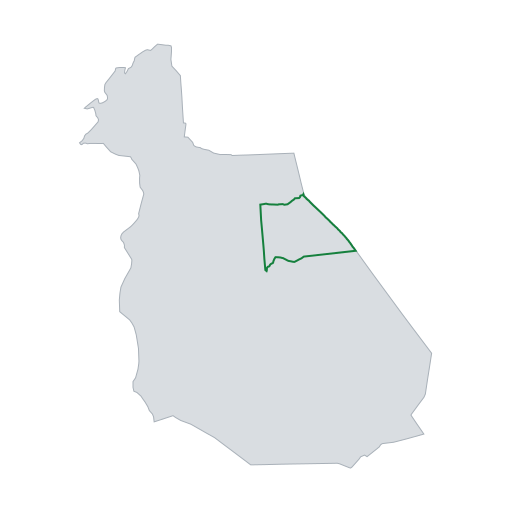 location of Arlit, Agadez, Niger, rotated 87°
{"feature_id": "23599985B35740417673211", "entity_name": "Arlit", "entity_type": "district", "adm_level": 2, "iso_a3": "NER", "parent_name": "Niger", "parent_adm1": "Agadez", "projection": "albers", "projection_center": [7.12, 19.518], "detail": "fine", "context": "in_parent", "style": "outline", "palette": "green", "viewbox_px": 512, "rotation_deg": 87, "n_neighbors": 0, "source": "geoboundaries", "source_scale": "gbopen_adm2", "svg_char_len": 4461}
<svg xmlns="http://www.w3.org/2000/svg" viewBox="0 0 512 512"><g transform="rotate(87 256 256)"><path d="M416.3,366.4L411.3,366.7L408.4,367.7L404.8,370.6L400.8,371.9L395.9,374.5L392.8,376.5L389.9,378.2L386.0,382.1L384.7,385.0L380.7,385.7L375.0,385.4L371.3,382.6L362.9,379.8L357.4,378.7L354.9,378.4L342.1,378.2L328.5,379.7L321.6,381.2L320.4,381.5L316.5,383.4L313.2,385.5L304.5,395.0L292.8,394.8L285.9,393.8L280.0,392.5L271.7,388.2L261.4,381.6L257.5,380.7L254.0,380.2L252.8,380.3L240.7,387.0L238.3,386.8L235.5,387.6L233.6,389.2L232.2,390.0L230.7,390.2L228.8,389.8L226.9,388.8L225.1,387.0L220.1,379.6L219.0,378.3L216.9,376.1L213.3,372.7L210.9,371.1L209.4,370.7L207.6,371.0L197.9,368.0L188.2,364.8L186.1,365.2L184.6,365.8L181.2,368.1L177.2,368.4L172.2,368.2L169.4,367.8L164.9,368.5L162.0,369.4L158.1,370.9L152.9,375.0L151.5,375.5L150.3,376.2L148.4,387.7L146.9,391.1L144.3,395.7L139.1,399.9L135.6,402.5L135.5,406.1L135.1,411.9L134.9,415.9L135.1,418.5L134.5,419.7L134.3,420.8L134.4,422.6L135.2,423.4L135.7,424.4L135.3,425.3L133.7,426.3L131.9,423.7L129.6,421.8L127.1,420.9L125.4,419.5L124.5,417.6L121.3,414.0L113.7,406.6L113.0,406.5L111.7,406.1L109.5,406.9L108.1,408.1L107.2,408.5L105.8,408.5L102.1,409.3L99.1,410.4L99.0,411.4L100.3,416.8L99.5,419.7L98.3,418.3L94.2,412.7L91.4,408.6L90.9,407.7L90.5,406.3L90.8,405.7L92.0,405.3L94.7,404.9L95.2,404.5L95.4,403.3L95.0,401.3L93.6,398.4L92.1,396.5L91.3,396.1L89.7,396.0L87.9,396.2L84.6,398.4L83.1,398.8L79.8,398.5L76.8,397.9L75.0,396.7L69.7,392.0L63.9,387.0L61.4,386.3L60.9,385.8L60.6,382.1L60.9,377.7L61.2,376.5L63.7,377.3L66.3,377.7L67.2,376.9L65.2,375.3L62.2,373.6L61.1,371.1L60.3,370.3L58.9,369.4L57.4,368.9L55.8,368.1L54.8,367.4L53.0,367.0L51.2,366.4L48.6,362.4L46.2,358.5L44.7,355.5L44.3,353.7L45.2,350.6L44.4,349.4L41.6,346.2L39.3,343.2L40.1,338.7L40.8,335.0L40.9,332.7L41.3,331.4L41.7,329.9L43.3,329.5L47.4,329.7L55.3,330.7L61.8,330.1L62.1,330.0L66.7,326.1L71.9,322.1L79.4,322.0L87.5,321.8L93.8,321.7L103.1,321.7L110.6,321.6L119.3,321.5L119.6,319.6L120.1,319.1L121.0,319.1L127.3,320.3L133.3,321.4L133.8,317.8L139.2,313.3L142.2,312.4L142.9,311.7L143.9,310.1L144.5,307.8L144.8,306.1L145.9,304.7L146.8,302.1L147.9,297.6L151.0,292.9L152.8,286.5L153.1,280.3L153.5,275.6L154.4,274.6L154.5,266.2L154.7,257.8L154.8,250.6L154.9,241.7L155.0,233.9L155.1,225.4L155.2,217.8L155.3,212.8L161.2,211.7L167.4,210.5L176.4,208.8L186.1,207.0L196.7,204.9L199.1,203.6L207.1,196.4L210.8,193.1L217.9,186.6L223.4,181.6L230.4,175.2L237.8,168.8L243.7,163.6L252.9,157.8L266.8,148.9L280.6,140.0L294.3,131.0L308.0,122.0L321.7,113.0L335.3,103.9L348.8,94.8L362.3,85.7L376.2,88.6L389.4,91.4L402.7,94.1L405.9,95.7L413.1,101.7L422.4,109.3L422.8,109.4L423.2,109.5L431.7,104.4L442.6,97.7L446.3,114.2L449.2,128.4L449.8,137.5L450.0,139.8L451.0,141.4L453.1,142.9L462.2,155.6L460.5,158.0L462.0,162.0L464.2,163.7L471.7,171.1L472.7,172.6L472.3,173.9L467.9,183.4L467.2,185.7L466.8,197.5L466.5,205.8L466.1,217.3L465.6,231.0L465.2,242.5L464.8,257.8L464.3,272.2L457.4,280.4L445.2,295.0L435.2,306.9L430.3,314.7L420.5,330.0L416.3,339.8L412.9,345.0L411.1,347.2L413.0,354.2L416.3,366.4Z" fill="#d9dde1" stroke="#a8b0b8" stroke-width="1"/><path d="M259.3,247.8L270.5,247.4L271.6,246.2L271.1,246.0L268.5,245.7L267.4,244.8L267.1,243.5L266.5,242.9L265.6,242.5L264.9,241.8L264.2,240.4L264.1,239.8L263.6,239.3L261.9,238.8L259.7,237.7L258.2,236.6L258.3,235.5L258.4,234.1L258.8,231.5L259.2,230.4L259.6,228.9L260.2,228.0L261.1,226.4L262.1,224.8L262.6,223.8L263.2,221.2L263.7,219.4L263.9,217.9L262.6,215.0L261.8,213.4L260.7,210.7L259.1,208.3L256.0,156.2L253.1,158.0L251.5,159.3L250.8,159.5L248.9,160.8L248.6,160.8L247.8,161.4L246.2,162.6L245.7,162.7L243.6,164.5L243.2,164.6L241.2,166.2L240.7,166.5L238.7,168.3L238.2,168.5L237.5,169.1L237.3,169.5L236.0,170.7L235.4,170.9L233.6,172.8L232.8,173.2L231.5,174.5L230.8,175.3L228.9,177.0L228.7,177.4L227.8,178.1L227.0,178.8L225.3,180.5L224.9,180.6L222.4,183.0L221.0,184.5L219.6,185.5L217.3,187.6L212.6,192.1L210.6,194.0L208.6,196.0L206.8,197.6L205.6,198.7L204.3,199.8L203.6,200.2L203.2,200.8L201.4,202.7L200.8,203.0L198.7,205.1L196.8,205.5L197.8,206.2L197.8,207.5L198.1,208.5L199.7,209.1L200.4,210.0L200.4,214.1L201.7,215.3L202.7,217.1L204.0,218.7L206.0,221.8L206.3,225.0L205.6,226.6L205.6,230.7L205.9,231.4L205.8,232.6L205.4,236.7L205.2,239.6L204.8,241.6L204.3,243.0L204.3,243.8L204.5,245.0L204.7,246.7L204.9,249.0L220.5,249.0L230.6,248.6L244.7,248.1L251.4,247.9L259.3,247.8Z" fill="none" stroke="#15803d" stroke-width="2"/></g></svg>